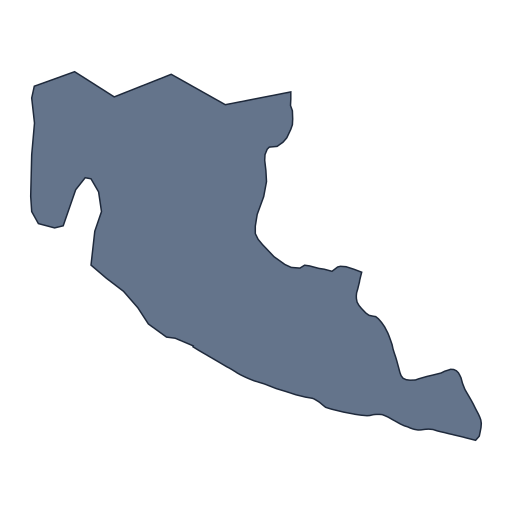 the district of Fond/Desruisseaux, Vieux Fort, Saint Lucia
{"feature_id": "8701671B476552117611", "entity_name": "Fond/Desruisseaux", "entity_type": "district", "adm_level": 2, "iso_a3": "LCA", "parent_name": "Saint Lucia", "parent_adm1": "Vieux Fort", "projection": "robinson", "projection_center": [-60.939, 13.794], "detail": "fine", "context": "isolated", "style": "filled", "palette": "slate", "viewbox_px": 512, "rotation_deg": 0, "n_neighbors": 0, "source": "geoboundaries", "source_scale": "gbopen_adm2", "svg_char_len": 2545}
<svg xmlns="http://www.w3.org/2000/svg" viewBox="0 0 512 512"><path d="M475.6,440.3L477.3,438.4L478.8,436.7L479.3,436.0L480.2,431.7L481.0,427.5L481.3,423.4L480.8,420.0L479.8,417.2L478.4,414.1L476.5,410.5L475.1,407.8L473.4,404.3L471.4,400.6L469.2,396.8L466.5,392.2L464.9,389.4L463.9,386.9L462.5,383.3L461.0,377.8L459.7,375.1L458.4,372.8L456.4,370.8L453.7,369.5L450.6,369.3L448.3,370.1L444.7,371.2L441.1,373.0L432.7,375.1L427.1,376.4L418.7,378.8L415.4,380.0L410.0,380.2L406.2,379.7L403.1,378.3L401.1,375.7L399.9,372.5L398.7,367.9L397.6,363.9L396.8,360.9L395.7,357.2L394.3,353.1L393.0,348.9L392.1,344.7L390.7,340.6L389.1,336.2L387.9,333.2L384.6,326.8L381.6,322.5L378.4,318.8L375.7,316.6L373.1,316.2L369.0,315.3L365.8,313.0L361.5,308.5L359.0,305.5L357.1,302.2L356.4,298.6L356.3,295.9L356.6,292.8L357.7,289.1L358.4,286.2L359.4,282.2L359.7,280.3L360.6,276.5L361.7,272.2L353.8,269.2L346.0,266.7L340.4,266.3L337.6,267.0L332.0,271.3L324.2,269.2L318.9,268.4L309.5,265.9L304.6,265.2L299.9,268.1L291.2,267.4L284.9,264.5L274.0,256.7L262.5,244.6L258.1,239.3L255.3,233.6L255.3,226.1L257.2,214.4L263.7,196.6L266.5,181.6L265.9,170.6L264.7,160.3L265.0,154.6L267.2,149.2L269.3,147.1L277.1,146.4L283.1,142.1L286.8,137.8L290.8,129.3L292.4,124.7L292.7,119.0L292.4,110.8L290.5,105.5L290.6,103.4L290.8,99.1L290.8,91.9L225.3,104.7L171.2,74.3L114.2,96.9L74.6,71.7L34.3,86.2L31.7,98.0L34.5,123.1L31.7,154.8L30.7,196.3L31.7,211.6L38.4,223.6L54.6,227.9L63.2,225.8L75.7,189.7L85.2,177.7L91.0,178.8L98.6,191.9L101.5,211.6L94.8,231.2L91.0,265.1L106.3,278.2L123.5,291.3L137.8,307.7L148.4,324.0L166.5,337.1L175.1,338.2L193.3,345.9L193.0,346.8L198.8,350.4L219.4,362.4L226.8,366.8L229.2,368.0L230.9,369.0L232.3,369.8L234.0,370.9L235.2,371.6L237.1,372.9L240.3,374.7L244.0,376.5L245.7,377.3L247.5,378.1L249.6,379.0L254.1,380.8L264.3,383.9L276.3,388.6L285.9,391.5L296.0,394.8L302.2,396.3L305.4,397.1L309.6,397.8L312.4,398.3L314.2,399.0L318.2,401.4L319.8,402.5L322.5,404.8L324.1,406.1L325.6,407.3L328.4,408.2L331.0,409.0L332.5,409.4L339.5,411.1L343.6,412.1L353.7,414.0L355.0,414.3L361.3,415.2L363.7,415.4L367.0,415.7L369.9,415.5L371.4,415.1L373.1,414.7L374.7,414.5L376.5,414.4L379.5,414.4L382.2,414.6L384.5,415.5L387.0,416.6L388.3,417.2L392.1,419.4L400.4,424.0L404.3,425.8L407.5,426.8L408.5,427.2L410.2,428.0L411.7,428.5L412.4,428.8L414.6,429.4L418.1,430.0L420.9,429.9L425.2,429.3L428.6,429.1L433.0,429.5L437.3,430.9L440.5,431.7L444.6,432.6L448.8,433.7L452.5,434.5L453.5,434.8L460.8,436.5L463.7,437.2L465.0,437.6L475.6,440.3Z" fill="#64748b" stroke="#1e293b" stroke-width="1.5"/></svg>